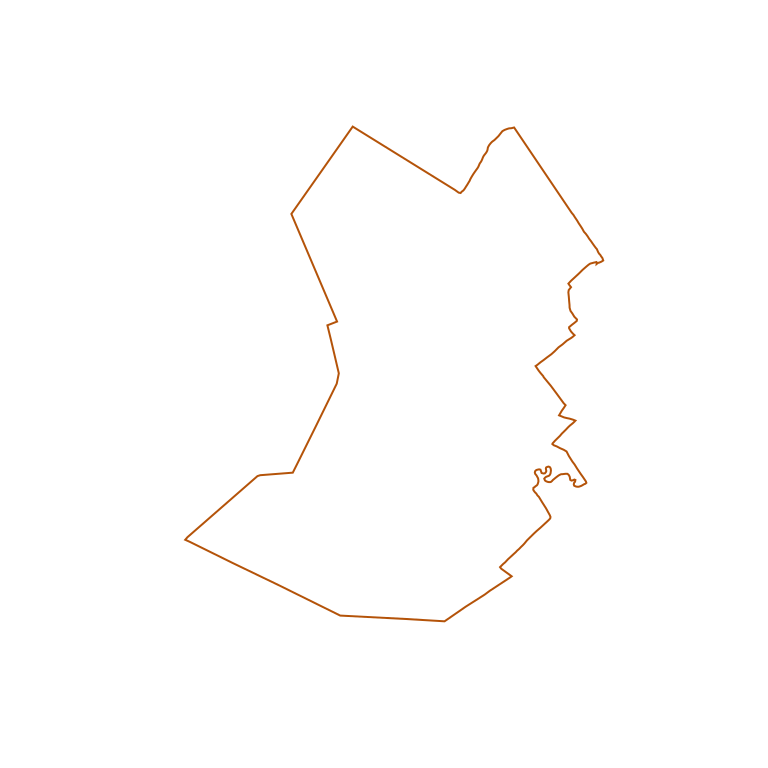 the district of Banan, Batdâmbâng, Cambodia, rotated 56°
{"feature_id": "14789045B38082760726943", "entity_name": "Banan", "entity_type": "district", "adm_level": 2, "iso_a3": "KHM", "parent_name": "Cambodia", "parent_adm1": "Batdâmbâng", "projection": "natural_earth1", "projection_center": [103.091, 12.952], "detail": "fine", "context": "isolated", "style": "outline", "palette": "amber", "viewbox_px": 768, "rotation_deg": 56, "n_neighbors": 0, "source": "geoboundaries", "source_scale": "gbopen_adm2", "svg_char_len": 3849}
<svg xmlns="http://www.w3.org/2000/svg" viewBox="0 0 768 768"><g transform="rotate(56 384 384)"><path d="M244.1,132.7L243.2,135.3L242.0,137.4L241.5,139.0L240.8,141.9L240.6,144.5L241.5,147.4L242.5,150.5L243.0,153.2L243.5,156.0L243.6,158.9L244.0,160.8L244.8,163.3L246.0,165.6L247.4,166.9L248.3,167.9L249.3,169.8L249.9,171.6L250.5,173.5L251.4,175.2L252.8,177.2L253.9,179.1L254.7,181.3L255.8,183.0L256.6,184.2L257.4,185.9L258.0,187.6L258.9,190.0L259.8,192.3L261.1,195.2L262.4,197.8L263.5,199.5L264.1,200.9L265.2,203.2L266.3,205.8L267.2,207.8L267.8,209.5L268.0,210.8L268.0,212.0L268.5,213.7L267.1,215.1L262.7,216.7L153.1,266.0L153.5,267.0L172.2,315.9L191.2,365.7L306.0,388.0L303.7,398.1L317.5,403.2L333.6,409.3L349.9,415.5L357.3,423.0L380.8,463.9L401.5,500.3L406.5,509.2L390.4,537.6L389.6,540.4L401.1,632.6L402.0,635.9L406.2,633.3L447.7,609.6L491.7,583.9L528.7,562.8L551.5,549.8L591.1,497.2L614.6,466.5L614.3,440.8L614.9,418.2L614.6,412.1L614.9,387.2L614.8,385.7L602.7,390.1L600.7,390.2L600.2,387.7L599.8,385.6L599.6,383.4L598.6,379.1L597.4,371.1L597.1,368.9L596.6,366.8L596.3,364.3L595.7,361.5L595.3,359.1L594.8,356.9L593.6,352.9L592.8,348.7L591.8,343.3L591.2,339.5L590.6,334.5L588.9,323.5L588.4,321.4L587.3,320.3L585.5,319.9L581.9,319.6L577.7,319.2L570.0,319.0L564.1,318.7L562.2,319.1L560.0,319.0L558.2,319.4L555.8,319.5L555.0,319.3L553.6,318.1L553.7,316.7L553.5,315.9L553.5,314.7L553.5,314.0L553.2,313.0L552.4,311.9L551.3,310.6L549.9,309.7L548.3,309.0L545.1,308.7L543.1,308.9L541.8,308.5L540.8,307.5L540.5,305.8L541.0,304.3L541.5,303.1L542.5,302.2L544.4,302.7L545.9,303.1L547.4,301.8L548.0,300.6L547.6,299.1L546.9,298.1L545.7,297.6L544.6,297.1L543.9,296.3L544.0,295.0L544.6,293.6L546.0,292.9L547.6,293.2L549.1,294.0L550.1,294.9L551.3,296.0L552.1,297.4L552.3,298.6L551.9,300.3L551.6,301.5L551.7,302.9L552.1,304.1L554.0,304.5L555.3,304.0L556.6,303.1L557.6,302.1L558.5,300.6L558.4,299.1L558.0,297.6L557.9,296.3L557.7,294.4L557.6,293.0L557.5,291.4L557.5,289.6L557.8,287.7L558.7,286.2L560.0,283.6L561.1,282.1L562.9,281.7L564.7,281.9L566.3,282.6L567.6,283.2L568.9,282.6L569.2,281.9L569.5,280.9L569.7,279.6L570.6,279.0L571.9,280.3L571.9,281.1L572.6,282.1L573.5,282.9L574.7,283.2L576.3,282.2L577.1,281.4L578.1,279.9L578.5,278.5L578.8,277.2L578.9,275.6L579.0,274.0L579.3,272.8L579.1,271.5L577.7,271.1L574.9,271.1L572.2,271.1L568.9,271.2L566.0,271.2L562.2,271.2L557.3,271.0L553.7,271.2L550.4,271.1L547.0,271.0L543.8,270.6L542.0,270.4L539.0,271.8L535.7,273.9L532.3,275.7L529.7,277.5L527.9,278.0L527.5,277.4L527.2,276.1L526.7,274.2L526.1,271.0L525.4,267.2L524.6,264.4L523.6,259.0L522.8,255.5L522.4,253.0L522.1,249.4L521.7,247.1L521.4,245.8L519.2,247.3L516.4,249.6L514.8,251.2L512.4,253.4L510.1,254.9L507.9,256.4L506.8,254.1L505.6,251.6L504.2,247.9L503.1,245.3L500.4,245.8L489.7,246.2L478.9,246.7L467.6,247.8L466.6,247.6L462.3,248.1L459.3,248.3L455.9,248.3L453.9,248.3L453.9,246.5L453.5,242.0L453.4,238.4L453.1,233.8L452.9,228.6L452.3,224.3L451.2,218.8L451.0,213.9L450.3,208.4L450.5,202.9L450.4,200.9L450.1,198.7L448.0,199.2L445.0,199.6L441.4,199.4L440.4,198.8L440.0,195.2L439.8,191.9L439.5,188.9L438.4,187.9L434.6,188.6L431.0,188.4L427.7,188.5L424.6,187.5L422.2,186.0L418.9,184.2L415.2,182.1L411.1,179.9L409.4,178.3L408.8,176.4L408.3,174.8L405.6,175.0L403.9,175.0L403.0,171.1L402.3,166.4L401.4,160.6L400.4,155.4L399.8,150.6L399.5,147.7L399.5,145.9L399.8,144.8L400.2,143.8L400.5,142.8L400.8,142.0L401.3,140.7L401.7,139.7L402.6,139.9L403.4,140.6L403.3,139.4L403.3,138.7L403.8,137.4L403.9,136.5L404.1,135.7L404.2,134.1L404.2,133.2L401.7,132.5L399.4,132.6L398.0,132.5L396.2,132.8L394.4,132.7L391.2,132.1L389.7,132.3L387.6,132.4L384.1,132.5L381.6,132.5L378.3,132.7L375.5,132.6L372.4,132.7L369.6,133.1L366.4,132.8L363.3,132.7L359.7,132.7L356.5,132.5L354.0,132.5L352.0,132.5L349.8,132.4L347.0,132.7L244.1,132.7Z" fill="none" stroke="#b45309" stroke-width="2"/></g></svg>